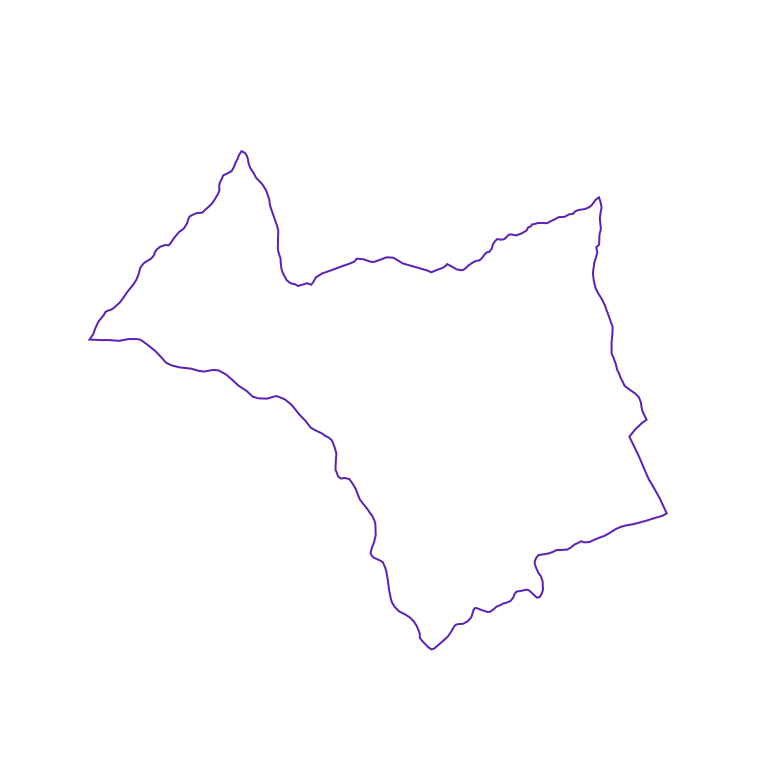 Gesarling, Daga, Bhutan, rotated 341°
{"feature_id": "84629894B4625986798859", "entity_name": "Gesarling", "entity_type": "district", "adm_level": 2, "iso_a3": "BTN", "parent_name": "Bhutan", "parent_adm1": "Daga", "projection": "equal_earth", "projection_center": [89.891, 26.922], "detail": "fine", "context": "isolated", "style": "outline", "palette": "violet", "viewbox_px": 768, "rotation_deg": 341, "n_neighbors": 0, "source": "geoboundaries", "source_scale": "gbopen_adm2", "svg_char_len": 4822}
<svg xmlns="http://www.w3.org/2000/svg" viewBox="0 0 768 768"><g transform="rotate(341 384 384)"><path d="M335.2,635.9L336.6,639.7L340.0,647.0L342.4,650.3L345.2,650.5L349.3,648.9L356.6,646.0L362.3,643.5L366.7,640.2L371.9,635.7L374.0,634.9L377.2,635.5L380.8,636.5L386.2,635.5L390.8,632.8L392.8,630.0L394.9,627.0L396.8,625.5L398.9,626.2L402.5,629.3L407.4,633.1L409.9,633.9L414.8,632.5L418.1,631.1L422.3,630.9L425.5,630.3L427.3,630.7L432.8,630.4L436.7,628.0L439.2,624.9L441.9,623.4L445.9,624.2L451.4,624.8L453.4,625.8L455.5,629.0L457.8,633.6L459.2,635.9L462.0,636.1L465.0,633.4L467.4,630.2L468.6,625.8L469.7,622.6L469.8,616.9L468.4,612.5L468.0,608.0L467.9,603.7L468.7,600.9L471.1,598.2L474.2,596.1L478.0,596.7L483.8,597.7L488.7,597.8L493.2,597.2L498.5,598.9L503.3,600.2L507.6,599.4L511.9,597.8L517.0,597.3L519.4,596.9L521.5,598.8L526.6,600.3L532.5,599.7L537.8,599.4L542.8,599.4L548.4,598.4L555.4,596.7L561.0,596.2L566.1,596.4L573.3,597.6L578.8,598.1L589.0,598.7L598.0,598.9L604.5,599.3L609.2,598.3L607.5,581.9L604.9,567.6L603.3,560.2L602.7,552.9L601.3,533.5L600.2,524.8L598.8,513.7L607.2,508.5L615.8,504.6L620.6,503.3L619.5,493.9L620.1,488.8L620.9,485.5L620.7,479.7L618.7,475.2L616.1,471.6L613.1,467.5L610.9,464.1L610.5,460.0L609.7,454.7L609.7,451.4L609.1,445.9L609.7,440.3L609.6,437.4L609.6,433.4L609.0,429.7L612.5,419.3L615.8,412.1L618.8,404.5L618.7,398.8L618.6,389.7L618.4,385.4L618.5,382.2L617.6,374.8L616.4,369.5L615.2,362.5L616.0,354.6L617.6,347.2L620.4,341.7L622.4,337.6L625.4,333.7L628.4,329.4L629.3,323.7L631.1,323.1L632.7,322.3L633.9,319.4L635.4,315.2L637.0,311.8L638.9,309.2L639.8,307.0L640.7,303.2L641.4,300.0L642.3,296.9L644.6,292.4L645.7,290.4L647.1,288.2L647.6,285.2L648.0,281.9L648.0,277.5L644.3,278.6L640.4,281.3L638.3,282.7L635.7,283.6L631.2,284.0L628.8,283.6L625.2,282.9L623.4,282.9L621.3,282.9L617.9,284.7L614.5,283.8L611.9,284.3L609.1,284.7L605.7,283.8L603.7,283.1L599.7,283.8L593.6,284.5L590.7,285.1L586.2,283.3L582.0,281.9L577.9,281.7L576.1,281.3L573.8,282.8L571.3,282.8L568.7,285.3L565.9,285.9L561.8,286.5L557.4,286.5L553.1,284.1L550.8,283.4L546.9,285.3L544.6,286.2L541.5,285.6L538.2,283.8L535.1,285.3L532.3,287.5L530.0,291.1L526.7,293.3L523.8,293.0L521.0,294.5L517.9,296.7L514.4,298.2L511.5,297.6L507.9,297.9L502.3,299.5L498.9,301.0L496.7,301.8L494.6,301.8L490.4,299.6L482.8,291.2L480.3,292.6L477.3,293.3L471.5,293.4L465.1,293.8L461.8,290.7L453.7,285.0L441.2,276.3L433.9,267.6L427.5,265.0L420.2,265.3L413.8,265.3L410.5,263.6L405.4,259.5L399.0,256.6L396.0,258.6L390.9,259.0L381.7,259.0L372.5,259.3L361.6,259.3L354.4,261.0L350.2,264.7L347.4,266.4L344.1,263.7L336.5,263.4L334.6,263.3L332.1,260.5L329.0,258.8L327.1,256.4L325.7,253.9L325.3,250.9L324.8,248.1L324.4,245.2L324.6,241.3L325.5,237.0L326.1,234.9L327.0,231.7L327.1,227.1L327.2,224.1L327.7,221.1L329.3,217.3L330.2,214.5L332.0,209.6L333.3,206.3L334.1,204.0L334.4,199.2L334.3,190.0L334.3,183.0L334.3,178.5L334.8,175.7L335.7,171.7L335.6,167.5L335.6,162.8L334.8,159.0L334.1,156.1L332.6,152.4L330.3,147.7L329.4,142.2L328.5,138.7L327.9,136.4L327.8,133.4L327.9,130.0L328.5,127.5L328.6,123.7L327.8,120.3L325.1,117.5L323.0,119.1L321.0,120.8L318.8,123.5L315.7,126.4L312.4,130.3L309.1,133.2L304.5,133.9L299.9,134.4L297.4,137.2L294.3,140.1L292.6,143.1L291.5,147.2L289.5,149.7L287.7,151.3L284.0,154.4L280.3,157.2L275.8,159.4L270.7,161.5L268.1,162.8L262.6,161.5L257.9,161.7L254.7,162.4L252.7,164.4L250.6,167.3L248.7,169.2L245.6,171.6L243.5,172.5L239.8,173.5L236.9,175.3L233.8,177.1L230.7,179.3L227.4,181.8L225.7,182.7L221.8,181.3L217.3,181.3L213.2,182.7L210.6,184.5L208.2,187.6L204.6,189.6L197.2,191.2L194.2,192.7L191.3,194.9L187.8,200.2L183.7,204.9L179.2,208.5L171.8,213.0L165.5,217.7L160.6,221.0L156.3,222.8L153.2,224.2L150.4,224.8L147.0,224.8L144.2,225.1L141.2,227.8L134.5,231.8L129.1,237.4L125.2,242.3L120.0,246.1L131.4,250.6L139.0,253.2L147.4,256.9L157.8,258.5L165.3,261.2L168.2,262.9L172.7,269.2L178.7,278.7L181.6,285.1L184.9,293.0L189.3,297.3L196.6,302.0L206.5,306.6L213.0,311.2L217.8,313.6L227.3,315.1L232.2,317.4L238.0,323.9L242.5,331.8L245.8,338.1L251.7,345.6L255.8,353.3L260.9,356.8L268.8,359.8L276.4,360.1L278.8,360.6L285.2,366.2L289.9,373.7L293.9,385.0L297.8,393.4L300.4,401.3L304.4,405.8L309.5,410.8L311.5,413.9L314.2,416.5L316.3,420.2L316.6,423.2L316.7,428.3L316.3,434.3L314.3,438.9L311.7,445.3L310.2,449.5L310.5,452.7L310.5,456.5L312.5,459.4L316.1,460.0L320.2,462.5L321.9,468.2L323.2,474.3L323.2,479.3L323.6,485.4L325.2,490.3L327.5,496.6L328.8,501.4L330.0,505.2L330.4,509.2L330.4,512.8L329.1,517.3L327.0,524.1L323.5,529.8L318.6,535.7L316.3,539.5L316.4,541.7L317.5,544.7L321.4,548.2L324.9,552.0L325.3,558.2L325.1,562.3L323.9,569.8L323.0,574.4L321.6,580.9L320.4,590.7L320.5,593.6L321.5,598.2L324.2,603.9L328.6,608.3L332.5,613.2L335.0,618.5L336.2,623.7L336.4,628.0L336.6,631.6L335.2,635.9Z" fill="none" stroke="#5b21b6" stroke-width="2"/></g></svg>